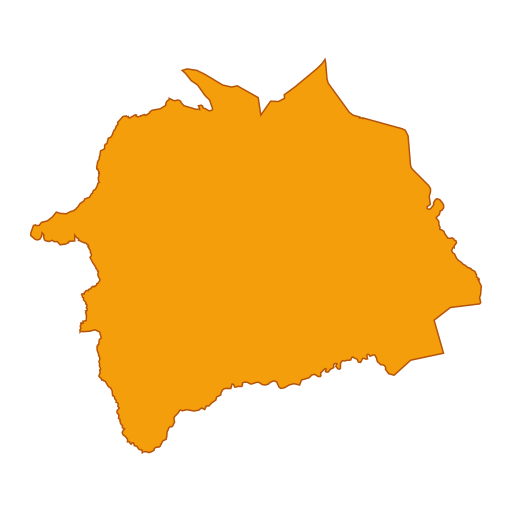 the district of San José Miahuatlán, Puebla, Mexico
{"feature_id": "50627088B64695964742161", "entity_name": "San José Miahuatlán", "entity_type": "district", "adm_level": 2, "iso_a3": "MEX", "parent_name": "Mexico", "parent_adm1": "Puebla", "projection": "mercator", "projection_center": [-97.317, 18.226], "detail": "fine", "context": "isolated", "style": "filled", "palette": "amber", "viewbox_px": 512, "rotation_deg": 0, "n_neighbors": 0, "source": "geoboundaries", "source_scale": "gbopen_adm2", "svg_char_len": 5937}
<svg xmlns="http://www.w3.org/2000/svg" viewBox="0 0 512 512"><path d="M479.6,303.9L480.7,302.6L479.6,297.6L480.6,294.5L481.3,286.1L478.2,279.8L479.2,279.8L478.8,278.5L476.7,277.2L476.5,274.9L474.9,271.4L471.2,269.4L471.0,268.6L467.3,267.2L465.4,265.4L463.3,264.4L460.3,261.5L459.0,260.9L456.7,258.6L454.5,253.9L452.8,252.9L451.6,250.4L453.1,247.6L453.6,247.3L454.2,247.7L454.2,246.0L456.5,242.8L456.0,240.9L454.3,240.0L453.7,238.9L452.1,237.8L450.2,238.3L447.9,238.2L444.7,233.5L444.0,231.5L441.5,229.8L439.7,229.3L440.0,227.3L438.9,224.7L438.8,221.4L436.2,218.0L436.3,217.4L439.3,214.7L440.3,210.8L441.9,210.4L443.6,208.0L443.7,205.4L442.8,203.4L439.9,199.8L437.8,198.9L436.4,198.9L435.1,200.1L433.6,202.7L433.6,205.0L430.6,208.7L428.8,209.4L427.1,208.4L427.2,206.5L430.1,204.7L430.3,204.1L429.2,196.3L430.5,192.0L430.5,188.6L428.4,185.3L412.5,169.4L411.2,167.5L410.5,165.2L408.1,136.0L405.3,130.3L402.3,128.8L363.2,118.0L362.8,118.6L362.2,117.9L359.5,118.0L359.2,117.4L359.6,117.0L353.1,115.2L349.4,112.4L328.2,83.2L327.0,79.0L325.7,63.1L325.0,59.4L321.9,63.8L316.8,68.8L295.1,86.8L284.2,94.8L284.6,98.3L278.4,101.5L270.6,101.2L260.8,115.1L258.2,97.6L237.2,85.8L231.7,87.1L222.6,85.0L205.2,74.5L196.9,70.4L187.1,68.9L182.2,70.4L185.7,73.6L191.3,80.7L197.5,84.9L205.1,95.6L209.6,100.0L212.6,108.8L212.2,110.1L209.0,110.9L205.4,108.7L203.2,108.0L202.3,105.7L201.1,105.2L198.4,105.8L199.4,107.8L199.6,109.6L198.4,109.1L196.4,109.4L183.9,105.7L181.0,102.5L180.7,101.3L179.3,100.4L177.6,100.0L175.3,100.7L173.5,100.5L169.2,98.3L168.9,100.0L167.3,100.7L166.0,102.8L165.7,105.4L160.2,108.8L151.9,110.3L149.6,112.2L149.7,112.9L145.5,115.5L144.6,114.5L140.6,115.8L140.4,116.3L137.3,116.8L136.0,116.0L136.4,115.0L135.1,114.8L129.7,118.0L128.7,117.6L128.4,116.5L126.9,116.7L126.5,116.0L123.1,116.4L117.6,122.4L118.0,123.6L117.7,124.6L116.3,126.0L115.0,129.5L113.9,130.5L112.0,135.5L110.6,137.3L108.3,138.2L106.9,143.6L105.3,144.3L104.7,145.3L104.5,148.9L100.8,150.7L100.3,151.7L100.0,155.3L99.2,157.1L99.3,158.9L97.6,161.9L96.6,168.0L97.0,169.2L97.7,169.0L98.2,170.8L99.1,171.7L98.7,173.3L99.3,173.2L99.3,173.9L98.3,177.9L98.5,180.7L99.4,182.3L97.9,183.2L97.2,185.9L95.4,189.4L93.5,190.4L92.3,193.3L91.5,193.8L89.5,197.3L84.6,199.0L84.1,200.8L80.0,203.6L77.7,207.2L76.5,208.1L75.8,209.4L75.0,209.5L73.7,210.8L70.9,211.4L66.1,213.8L59.9,213.3L56.3,212.1L52.4,217.0L47.3,220.9L41.4,222.4L39.2,225.4L36.2,225.6L35.6,224.9L33.5,225.4L30.9,232.7L30.7,235.5L35.2,239.4L37.4,239.9L39.7,239.3L41.4,236.6L41.5,235.4L42.1,234.6L42.1,232.8L42.7,233.3L42.9,234.4L43.9,234.9L43.6,236.3L44.3,239.6L45.4,240.7L49.1,241.5L52.1,240.3L54.4,241.7L57.3,241.6L60.1,244.8L65.8,244.0L68.7,242.6L68.5,241.9L69.1,241.3L74.7,241.0L74.7,235.1L76.5,237.5L78.9,239.1L78.4,240.2L84.4,242.9L85.7,242.9L86.6,243.5L87.0,244.6L88.2,244.9L88.2,246.2L88.8,246.7L88.7,247.1L88.2,247.1L90.4,250.8L90.4,252.7L91.4,253.9L91.3,255.8L90.0,257.3L92.7,262.6L96.0,267.5L95.9,268.4L97.6,270.2L97.5,271.0L98.4,271.7L97.8,274.3L98.4,276.6L99.8,279.2L99.9,280.4L97.7,283.5L96.8,283.7L96.4,285.2L95.3,286.2L94.5,286.1L94.0,286.9L92.8,286.3L91.2,287.6L91.0,288.5L88.6,289.5L88.1,290.8L86.8,290.4L85.9,290.8L85.3,291.9L84.4,292.3L84.2,294.0L82.1,293.8L81.6,294.5L82.4,296.0L82.5,297.4L83.6,297.9L83.5,299.9L86.0,302.5L85.7,303.9L86.8,304.6L87.0,305.7L86.3,307.9L87.4,309.0L86.8,310.5L85.7,310.9L86.4,311.4L85.6,312.5L86.4,313.9L86.0,314.4L86.5,315.7L86.2,320.6L82.8,321.3L83.2,323.2L82.1,323.5L81.2,322.8L80.7,323.2L81.1,324.8L80.3,325.8L80.4,327.1L81.0,328.1L79.9,329.9L80.1,331.9L80.5,331.2L82.8,331.7L89.9,331.2L95.0,329.8L99.6,332.0L101.3,338.0L99.3,339.5L98.7,344.6L97.5,345.2L97.0,347.3L97.2,350.6L98.5,353.7L98.6,355.7L99.2,356.2L99.8,358.2L99.8,359.4L98.9,361.5L99.7,363.9L99.3,365.5L100.5,368.4L100.5,369.5L99.7,369.9L100.2,372.7L98.8,376.0L99.7,377.3L100.8,377.9L101.7,380.1L103.0,380.0L103.7,380.8L105.3,381.3L108.3,386.5L110.7,388.1L112.1,390.7L112.6,395.7L113.6,395.9L114.4,396.9L114.8,398.9L116.2,400.3L116.1,402.3L117.3,402.7L118.2,403.8L117.8,406.3L119.3,408.0L117.0,410.8L117.1,413.0L118.6,414.5L118.9,416.0L118.5,418.4L120.0,419.4L119.9,420.9L120.5,423.2L121.4,424.8L122.5,425.4L122.3,427.7L124.6,428.9L123.2,430.3L122.2,432.4L123.1,434.9L125.4,436.5L127.3,438.9L127.7,440.5L127.4,441.8L129.6,441.9L130.3,443.7L131.1,444.2L132.0,442.9L133.7,443.1L134.3,445.7L136.8,446.3L139.1,449.5L142.0,450.0L142.3,452.6L142.8,452.0L144.8,451.7L147.1,451.8L148.5,452.6L150.4,452.2L154.0,450.3L154.1,448.9L155.1,447.9L157.0,447.0L158.7,447.2L160.1,446.3L162.7,441.0L166.1,439.3L166.8,436.5L167.0,432.3L169.1,427.5L170.1,426.7L171.7,426.8L172.9,425.7L174.6,421.8L174.0,419.5L174.3,417.0L178.7,412.3L179.7,410.2L180.5,410.0L182.3,410.8L186.7,409.7L194.2,411.0L198.8,410.1L201.5,408.0L204.7,409.5L206.4,405.9L208.8,406.0L211.6,403.0L215.8,400.1L216.6,397.0L220.7,395.0L221.1,392.7L222.7,389.7L224.8,388.5L230.8,388.5L232.1,384.0L233.5,384.3L234.7,387.1L235.6,387.2L237.9,386.4L241.7,386.5L242.4,385.5L242.4,383.2L244.2,382.1L247.4,382.3L250.2,383.9L251.8,384.0L256.3,382.4L258.8,382.3L262.3,384.6L265.4,385.0L268.3,384.1L270.2,382.4L273.8,380.8L276.6,381.8L279.2,387.4L281.0,388.4L284.5,387.7L289.3,384.9L293.9,383.7L299.6,385.0L301.5,380.0L309.0,377.8L311.8,375.0L314.7,374.3L318.0,376.5L320.4,376.5L320.9,375.8L320.7,372.8L325.2,368.5L326.2,369.1L325.5,371.5L326.4,372.1L328.2,372.0L330.6,369.1L333.8,367.6L333.6,364.9L334.4,363.7L336.2,363.4L337.0,363.7L335.8,366.2L337.8,368.8L339.4,369.2L340.4,368.3L340.6,362.9L342.5,360.6L344.7,361.0L346.9,360.3L350.6,360.1L351.9,357.4L352.9,357.0L354.4,358.1L357.0,359.1L358.4,362.1L360.6,362.4L362.6,358.5L363.7,358.3L365.7,359.1L367.5,358.9L366.8,355.4L367.4,354.4L368.1,354.3L368.9,354.6L370.0,356.2L373.7,354.8L374.7,355.0L376.4,357.9L377.3,361.5L380.8,364.7L383.7,365.0L385.3,366.6L385.7,368.1L385.4,369.2L388.7,373.7L394.1,375.2L410.7,360.2L443.5,353.2L434.1,320.2L450.4,307.5L479.6,303.9Z" fill="#f59e0b" stroke="#b45309" stroke-width="1.5"/></svg>